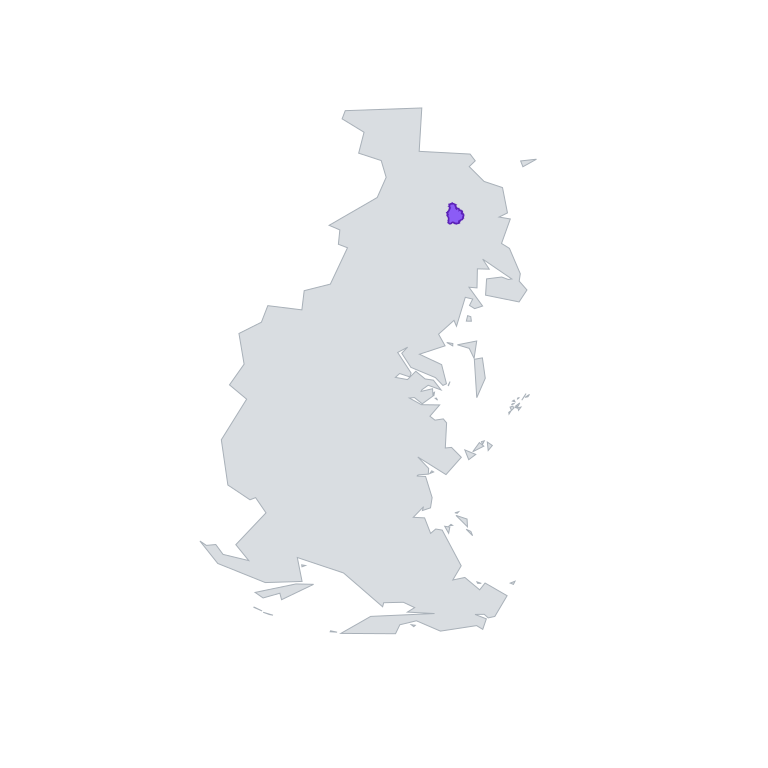 location of Yaroslavl' within Russia, rotated 155°
{"feature_id": "RUS-2360", "entity_name": "Yaroslavl'", "entity_type": "Region", "adm_level": 1, "iso_a3": "RUS", "parent_name": "Russia", "parent_adm1": "", "projection": "orthographic", "projection_center": [39.095, 57.746], "detail": "fine", "context": "in_parent", "style": "filled", "palette": "violet", "viewbox_px": 768, "rotation_deg": 155, "n_neighbors": 0, "source": "natural_earth", "source_scale": "10m", "svg_char_len": 7373}
<svg xmlns="http://www.w3.org/2000/svg" viewBox="0 0 768 768"><g transform="rotate(155 384 384)"><path d="M610.5,291.6L617.2,319.5L613.2,312.8L604.3,309.6L601.9,297.6L581.2,281.1L586.2,301.0L545.4,317.1L548.4,335.3L554.4,335.7L568.2,358.4L555.0,402.2L514.9,428.3L524.4,448.5L502.4,461.1L494.1,491.1L469.0,491.8L456.2,504.1L427.1,485.9L416.9,502.3L390.4,497.2L359.5,522.9L366.3,529.9L358.9,542.3L366.7,551.0L311.3,555.9L294.7,570.4L292.1,587.7L309.4,603.9L295.7,620.6L309.9,642.0L303.6,648.1L233.1,618.2L253.8,580.0L208.8,556.0L207.0,547.7L214.9,545.0L207.7,525.3L193.6,511.9L199.8,486.9L209.2,486.7L199.8,480.2L218.1,461.7L213.0,453.9L213.9,426.3L218.0,420.1L214.7,408.8L226.9,401.3L254.4,421.6L246.6,435.9L232.1,431.2L227.2,426.2L223.8,425.2L241.8,455.5L240.1,443.6L250.7,448.9L259.1,431.8L266.1,435.8L261.7,413.0L270.0,414.0L273.3,419.1L267.7,423.5L273.7,428.2L293.9,405.7L293.7,412.1L313.5,406.1L312.5,392.8L339.3,396.0L323.6,377.2L327.3,357.8L331.2,357.8L334.7,368.1L352.6,387.7L354.9,404.4L347.0,407.4L358.3,406.8L354.8,382.5L357.6,379.5L365.4,386.9L370.9,385.2L360.9,378.1L349.8,382.1L344.6,371.2L337.6,366.6L334.8,354.5L344.5,364.2L352.0,362.8L353.5,361.6L342.0,359.2L344.7,352.4L357.7,349.9L362.2,358.9L367.0,360.6L358.8,349.4L342.4,341.5L356.0,335.4L353.1,329.7L345.0,327.3L343.7,322.3L355.5,300.1L349.6,298.0L344.9,284.9L366.1,275.7L384.2,303.6L379.2,288.6L382.0,283.6L390.8,287.0L392.4,287.1L392.8,286.5L385.4,282.6L388.4,260.7L394.2,252.1L402.7,253.1L400.0,256.1L413.8,250.8L403.8,245.5L404.9,228.9L398.4,230.7L393.0,227.0L390.9,186.6L404.5,177.3L392.5,174.5L384.3,157.0L376.5,160.9L361.9,140.1L381.8,126.5L388.4,128.0L390.5,132.9L398.9,136.7L390.5,127.9L398.2,119.9L402.2,125.9L437.3,136.2L454.7,155.7L471.4,159.1L479.1,152.8L528.5,176.2L494.3,179.0L435.2,154.6L459.2,167.4L450.7,168.4L458.7,178.0L476.7,185.9L479.4,182.7L500.5,229.8L535.9,263.4L541.7,239.7L575.5,254.2L610.5,291.6ZM305.7,332.4L291.7,368.2L283.8,366.1L289.8,346.4L305.7,332.4ZM532.5,232.2L568.0,231.8L566.8,238.4L584.0,241.2L588.9,249.6L548.3,240.0L532.5,232.2ZM281.8,383.8L291.5,369.2L291.7,380.3L300.9,388.5L281.8,383.8ZM374.3,234.5L365.8,226.5L368.7,219.3L374.3,234.5ZM319.8,285.5L332.2,285.1L322.3,290.6L319.8,285.5ZM311.8,282.5L317.7,279.7L314.9,287.7L311.8,282.5ZM330.6,281.4L339.2,279.6L338.6,290.1L330.6,281.4ZM370.9,217.6L367.6,213.7L367.8,209.1L370.9,217.6ZM150.8,523.3L166.3,522.2L165.9,528.4L150.8,523.3ZM262.6,313.1L266.0,311.1L259.3,315.3L262.6,313.1ZM384.8,226.5L388.5,221.4L389.1,229.4L384.8,226.5ZM282.8,406.2L279.3,410.6L276.9,408.3L278.3,404.0L282.8,406.2ZM268.9,309.5L271.7,307.3L273.9,308.4L268.9,309.5ZM279.6,306.2L279.5,309.8L276.6,309.5L276.4,307.3L279.6,306.2ZM282.9,305.6L280.1,306.1L283.4,303.9L282.9,305.6ZM305.6,389.5L309.6,395.1L304.5,391.6L305.6,389.5ZM320.1,287.7L320.1,290.6L317.1,290.1L320.1,287.7ZM269.6,305.2L273.2,303.3L272.6,305.9L269.6,305.2ZM351.4,147.7L353.7,150.2L348.6,149.9L351.4,147.7ZM259.0,311.6L261.8,312.3L256.5,313.1L259.0,311.6ZM326.4,355.7L323.1,358.3L326.2,355.3L326.4,355.7ZM376.2,283.3L380.4,283.5L377.4,285.1L376.2,283.3ZM380.1,162.2L383.4,163.8L383.4,165.4L380.1,162.2ZM276.1,311.8L273.8,311.2L277.3,311.2L276.1,311.8ZM273.4,305.8L275.4,307.6L272.6,306.9L273.4,305.8ZM582.3,221.4L585.2,223.4L590.0,228.2L582.3,221.4ZM272.8,312.5L274.8,314.2L272.9,314.5L272.8,312.5ZM344.0,352.0L342.5,355.1L341.7,355.2L344.0,352.0ZM459.6,151.5L461.0,154.3L457.6,152.1L459.6,151.5ZM381.6,226.9L384.7,227.9L382.6,228.5L381.6,226.9ZM531.9,252.7L535.6,253.0L535.0,254.9L531.9,252.7ZM531.4,178.9L537.5,182.2L536.7,182.9L531.4,178.9ZM269.8,313.8L268.3,314.9L267.5,314.4L269.8,313.8ZM342.3,346.7L343.6,349.4L342.5,349.1L342.3,346.7ZM372.2,235.9L374.2,237.3L370.3,236.7L372.2,235.9ZM595.8,236.5L590.4,229.8L596.6,236.9L595.8,236.5Z" fill="#d9dde1" stroke="#a8b0b8" stroke-width="1"/><path d="M256.6,501.3L256.8,501.5L257.0,501.6L257.1,501.8L257.0,502.0L257.3,502.4L257.3,502.5L257.3,502.8L257.7,503.1L257.7,503.3L257.4,503.6L257.1,503.7L256.9,504.0L256.8,504.5L256.7,504.5L256.4,504.7L256.4,504.9L256.4,505.0L256.5,505.2L256.3,505.3L256.2,505.5L256.0,505.8L255.9,505.8L255.7,506.4L255.7,506.5L255.3,506.9L255.3,507.0L255.2,507.1L255.2,507.3L255.3,507.7L255.3,507.8L255.3,508.4L255.4,509.4L255.5,509.7L255.6,509.9L255.6,510.0L255.5,510.3L255.4,510.4L255.2,510.4L255.2,510.2L254.9,510.1L254.6,510.2L254.5,510.3L254.6,510.5L254.8,510.7L254.8,510.8L254.7,510.8L254.4,510.6L254.3,510.8L254.5,511.2L254.6,511.3L254.4,511.5L254.5,511.7L254.6,511.8L254.5,512.0L254.6,512.7L254.0,512.6L253.8,512.7L253.6,512.7L253.4,512.7L253.4,512.8L253.5,512.8L253.4,513.3L253.1,513.4L252.9,513.3L252.7,513.3L252.4,513.5L252.2,513.6L251.8,513.6L251.7,513.8L251.8,514.0L251.7,514.2L251.6,514.3L251.2,514.5L250.9,514.5L250.7,514.7L250.2,515.0L250.3,515.2L250.4,515.3L250.5,515.4L250.5,515.5L250.4,515.6L250.2,515.9L249.9,516.0L250.0,516.1L249.9,516.3L249.7,516.4L249.7,516.5L249.6,517.0L249.8,517.2L249.5,517.2L249.4,517.8L249.2,518.0L249.3,518.2L249.4,518.3L249.4,518.6L249.2,519.1L249.1,519.3L248.7,519.1L248.6,518.9L248.3,518.8L248.2,519.0L247.9,519.2L247.3,519.1L247.2,518.9L246.6,518.6L246.5,518.8L246.0,518.9L245.9,518.9L245.8,519.1L245.7,519.2L245.5,518.9L245.5,518.7L245.4,518.3L244.7,517.9L244.5,517.7L244.4,517.4L244.2,517.2L244.1,516.9L243.7,516.7L243.7,516.4L243.5,516.2L243.8,516.2L244.0,516.0L243.9,515.8L244.0,515.6L243.9,515.5L243.8,515.4L243.7,515.4L243.7,515.2L244.0,515.2L244.2,514.7L244.2,514.4L244.2,514.1L244.0,513.9L243.9,513.8L243.7,513.5L243.7,513.2L243.8,513.1L244.1,513.1L244.2,512.9L244.4,512.8L244.5,512.8L244.5,512.7L244.4,512.2L244.3,511.9L244.1,512.0L243.8,512.0L243.7,512.2L243.4,512.2L243.2,512.1L242.4,511.5L242.2,511.4L242.3,511.2L242.3,510.9L242.1,510.7L242.2,510.3L242.2,510.2L242.2,509.9L242.2,509.7L242.3,509.6L242.2,509.6L241.7,509.4L241.5,509.2L241.4,509.2L241.3,508.8L241.1,508.7L240.9,508.7L240.9,508.4L240.6,507.9L240.3,507.9L240.2,507.8L240.2,507.7L240.3,507.6L240.2,507.5L240.1,507.4L240.2,507.2L240.6,507.3L240.8,507.3L240.8,507.2L240.6,507.0L240.4,506.9L240.2,506.8L240.2,506.7L240.5,506.5L240.9,506.5L240.9,506.4L241.0,506.3L240.9,506.1L241.0,506.0L241.0,505.9L241.4,505.8L241.6,505.8L241.6,505.7L241.5,505.4L241.4,505.4L241.2,505.1L241.1,504.9L240.8,504.7L240.7,504.7L240.6,504.8L240.3,504.6L240.2,504.5L240.2,504.2L240.3,504.1L240.4,503.8L240.5,503.6L240.4,503.4L240.7,502.8L240.8,502.7L240.9,502.9L241.0,502.9L241.3,502.7L241.5,502.6L241.6,502.4L241.5,502.1L241.7,501.8L241.8,501.6L241.9,501.1L241.9,500.9L242.0,500.9L242.4,500.8L242.6,500.9L242.7,501.0L242.9,500.8L243.1,500.5L243.2,500.3L243.2,500.2L243.4,500.0L245.4,500.2L245.6,499.9L245.7,499.7L245.8,499.6L246.0,499.6L246.2,499.8L246.3,499.9L246.6,499.8L247.0,499.8L247.1,500.0L247.3,500.0L247.4,499.9L247.3,499.6L247.4,499.4L247.8,499.0L247.6,498.8L247.5,498.7L247.4,498.7L247.5,498.5L247.5,498.4L247.5,498.2L247.8,498.2L248.1,498.2L248.3,498.1L248.5,498.2L248.8,498.4L249.0,498.3L249.5,498.5L250.0,498.6L250.2,498.8L250.3,498.7L250.5,498.5L250.9,499.0L251.2,499.2L251.4,499.2L251.5,499.2L251.5,499.4L251.5,499.6L251.7,499.8L252.1,499.7L252.2,499.8L252.3,499.9L252.3,500.0L252.4,500.4L252.4,500.5L252.5,500.5L252.8,500.7L252.8,501.0L253.0,501.4L253.1,501.5L253.7,501.6L253.9,501.5L254.1,501.6L254.4,501.5L254.6,501.5L254.8,501.4L254.9,501.2L255.2,501.1L255.4,501.2L255.8,501.2L256.0,501.3L256.4,501.2L256.6,501.3Z" fill="#8b5cf6" stroke="#5b21b6" stroke-width="1.5"/></g></svg>